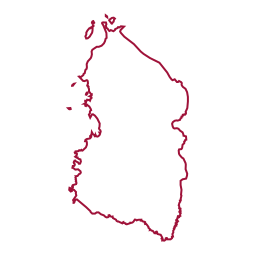 Sumbawa Barat, Nusa Tenggara Barat, Indonesia
{"feature_id": "22746128B87271379033569", "entity_name": "Sumbawa Barat", "entity_type": "district", "adm_level": 2, "iso_a3": "IDN", "parent_name": "Indonesia", "parent_adm1": "Nusa Tenggara Barat", "projection": "natural_earth1", "projection_center": [116.899, -8.8], "detail": "fine", "context": "isolated", "style": "outline", "palette": "rose", "viewbox_px": 256, "rotation_deg": 0, "n_neighbors": 0, "source": "geoboundaries", "source_scale": "gbopen_adm2", "svg_char_len": 5719}
<svg xmlns="http://www.w3.org/2000/svg" viewBox="0 0 256 256"><path d="M124.0,26.6L120.9,26.3L119.4,27.4L118.1,27.1L117.7,27.9L115.1,29.2L114.9,30.1L113.4,31.2L110.8,30.1L109.6,31.0L109.0,30.7L107.6,28.7L106.5,27.9L105.8,25.6L106.4,24.3L106.0,22.5L103.0,22.4L102.2,22.7L102.1,23.4L103.4,25.5L106.4,33.0L106.6,37.9L105.6,38.8L105.0,41.2L103.9,43.4L101.6,45.7L98.8,46.8L96.7,46.8L92.4,49.7L91.6,51.4L91.9,54.3L91.4,56.6L90.7,58.2L87.8,61.4L86.7,64.1L86.9,67.3L86.6,68.6L86.9,68.4L87.1,68.3L85.4,70.0L84.7,73.2L83.6,73.9L83.3,75.1L81.2,76.8L80.0,77.0L79.5,76.5L79.0,76.6L83.1,80.9L84.6,81.1L86.7,80.2L87.3,80.4L87.7,81.0L88.0,83.2L87.2,85.7L87.5,86.0L88.0,85.8L88.6,86.8L88.3,87.4L89.0,89.0L89.0,91.4L91.3,94.5L91.7,94.1L91.5,93.6L91.7,93.8L91.7,95.2L89.8,96.2L90.6,96.4L90.6,96.9L91.5,97.4L91.6,97.9L90.7,98.8L90.0,100.7L89.1,99.8L87.8,100.2L87.1,99.7L86.2,100.9L85.2,100.8L85.2,101.3L86.1,101.8L85.9,102.8L84.4,103.7L85.3,103.7L85.4,104.4L86.0,104.5L85.2,105.1L85.3,105.8L86.0,106.1L86.8,105.0L87.3,105.1L89.3,106.5L90.8,109.1L91.1,110.2L90.5,110.5L89.9,111.6L89.9,113.3L88.9,114.6L90.2,117.7L92.0,114.4L93.0,114.3L94.9,115.6L97.3,118.6L99.7,123.5L99.5,126.9L99.0,128.2L99.4,129.4L100.4,130.4L100.7,131.7L100.2,132.8L99.5,132.7L100.1,133.8L99.5,135.1L98.2,136.3L97.2,136.6L96.1,136.1L95.7,135.2L95.6,136.2L94.8,136.3L94.2,134.9L93.0,134.3L91.8,132.1L91.6,133.8L90.9,135.4L91.3,135.7L91.2,136.9L90.8,137.4L90.2,137.0L90.3,138.1L89.8,138.5L86.9,139.0L85.5,139.8L85.1,141.2L86.6,141.3L86.9,142.8L86.9,144.8L85.9,147.4L82.5,150.6L81.7,150.5L81.3,149.9L80.2,150.6L79.2,150.2L78.5,151.1L75.5,151.4L75.3,152.3L74.8,152.5L75.1,153.3L76.7,153.4L77.0,153.9L76.6,155.5L75.2,156.7L76.7,157.7L77.6,157.5L77.8,158.2L78.7,158.9L80.4,159.4L80.9,161.5L80.1,163.6L79.0,163.8L77.9,162.3L76.0,161.5L75.2,160.5L74.5,160.7L74.5,161.5L73.9,161.8L73.7,162.4L74.0,163.3L74.8,164.2L74.7,165.1L74.2,165.9L72.8,166.0L72.4,167.8L73.4,168.1L75.3,169.6L78.1,169.3L80.5,171.3L80.8,172.6L80.2,173.6L79.0,174.1L77.5,176.0L75.8,176.2L76.1,176.6L75.4,177.7L76.0,179.0L75.6,179.5L76.2,181.0L75.8,181.4L76.5,183.0L76.1,184.1L72.9,185.1L72.8,186.1L72.4,185.8L72.1,186.4L72.4,186.9L72.9,186.9L72.9,187.7L70.5,188.8L70.1,188.0L69.5,187.8L69.2,189.9L70.7,191.5L71.8,191.1L71.7,190.0L72.2,189.6L74.0,189.9L76.0,192.0L75.8,193.3L76.3,195.5L73.1,200.1L73.3,200.8L74.0,201.3L73.5,202.8L73.8,202.9L74.4,202.2L74.7,201.0L75.8,199.6L76.9,199.4L86.2,207.2L90.3,211.1L90.7,212.1L92.3,213.6L95.0,213.6L96.7,212.4L98.6,212.4L101.0,214.3L103.8,215.3L105.5,216.9L106.7,217.4L108.0,217.2L108.6,216.7L108.6,215.3L109.4,215.1L109.9,215.5L110.0,216.2L112.1,216.9L112.6,216.6L113.0,218.1L116.0,219.7L116.6,220.9L117.6,221.5L118.2,221.4L122.2,223.3L122.6,222.5L123.4,222.1L123.5,222.9L125.5,223.3L125.7,224.0L126.8,224.3L129.8,223.3L130.2,222.7L130.7,223.0L132.5,222.5L133.5,221.6L134.8,219.6L135.8,219.7L136.6,220.4L138.1,219.8L141.1,219.7L140.9,220.6L142.0,220.6L142.5,221.3L144.8,221.9L144.8,222.7L145.2,222.7L145.2,224.0L146.1,223.9L147.3,225.3L148.5,227.0L148.4,227.7L150.0,229.2L149.9,229.8L150.3,229.6L151.5,230.6L152.8,230.9L154.1,232.6L154.6,232.6L154.6,233.2L155.5,233.3L156.0,231.8L156.7,231.6L157.2,232.3L157.0,233.3L157.6,234.0L160.7,234.8L162.2,237.5L161.7,238.4L162.2,238.5L162.2,240.0L162.8,239.6L163.0,240.5L164.4,240.6L165.1,240.1L165.7,239.0L165.7,238.4L166.2,238.0L167.0,238.2L167.1,239.3L170.6,239.3L172.0,238.2L171.9,236.8L173.0,236.6L172.4,234.1L173.3,232.5L173.2,230.7L174.3,229.0L173.9,228.5L174.8,227.7L174.3,227.2L174.5,226.5L175.2,225.5L175.4,226.0L176.1,225.8L175.9,225.3L176.8,224.5L176.7,223.7L175.7,223.9L175.6,223.1L177.2,222.2L177.2,221.1L177.8,221.4L178.0,221.2L177.2,220.3L176.2,220.5L176.2,220.0L176.7,219.5L177.1,219.9L177.3,218.2L178.1,217.7L177.7,217.0L177.9,216.3L179.2,216.8L179.3,215.9L180.3,215.9L180.1,213.9L180.6,213.3L179.6,212.2L180.6,211.8L180.6,211.0L179.8,210.8L180.5,209.1L179.5,208.6L179.9,208.2L179.2,207.8L179.2,206.0L178.7,205.3L179.5,202.6L180.3,201.6L179.9,200.5L180.8,200.1L180.7,198.8L181.3,196.2L181.4,195.4L181.0,194.9L181.5,189.9L180.6,185.0L180.6,180.8L182.6,179.3L186.1,178.6L187.0,175.7L187.2,173.6L185.6,169.2L185.8,164.6L185.5,163.0L183.4,158.5L181.8,157.5L179.6,154.9L179.0,153.7L178.7,150.5L179.1,149.4L181.4,149.1L182.1,148.0L182.6,144.7L184.2,143.3L184.2,141.6L184.8,141.4L185.1,140.1L186.3,139.7L186.0,136.4L183.5,135.7L183.5,134.9L182.6,132.4L180.0,130.6L178.5,128.8L176.9,128.2L174.4,128.5L173.5,128.0L172.7,126.5L172.1,123.8L172.8,122.2L174.6,120.8L176.4,120.4L177.7,120.6L180.1,119.8L180.5,118.4L181.5,117.8L181.5,116.6L182.5,116.4L182.7,114.9L183.1,114.6L183.8,114.9L184.4,114.3L185.1,114.6L185.9,113.7L186.0,112.9L185.6,111.9L187.3,108.1L187.9,101.5L187.9,96.9L187.1,92.2L185.5,88.8L182.9,86.9L181.9,85.5L181.6,84.7L181.8,83.1L181.2,82.2L179.0,81.0L178.0,82.0L176.9,82.0L174.7,79.3L172.6,80.2L171.6,79.5L169.7,77.0L167.2,72.5L159.4,62.7L150.1,58.1L143.7,54.0L140.8,51.6L133.9,44.1L124.3,36.7L120.9,32.9L120.1,31.5L120.7,29.9L124.0,26.6ZM92.6,27.5L92.0,26.9L90.6,27.6L90.8,28.0L90.2,28.4L89.2,28.4L87.4,30.6L86.3,32.6L86.3,34.6L85.4,36.3L86.2,38.5L87.7,38.3L89.7,36.6L92.1,32.7L92.5,30.7L92.6,27.5ZM113.7,17.7L112.0,17.9L109.6,19.6L109.2,20.4L111.6,23.6L112.2,23.5L112.5,22.6L113.6,21.6L114.0,19.7L114.9,18.6L113.7,17.7ZM93.3,21.1L92.6,21.3L92.0,22.2L91.9,22.8L92.5,23.6L93.4,23.5L94.2,22.8L93.3,21.1ZM86.5,94.8L87.6,93.2L87.3,92.5L86.8,92.6L86.1,93.7L85.9,94.6L86.5,94.8ZM70.7,109.0L70.4,108.0L68.1,108.2L69.0,109.1L69.9,109.3L70.7,109.0ZM72.9,85.7L73.8,84.3L73.3,84.3L72.1,85.3L72.1,85.8L72.9,85.7ZM107.2,17.3L107.1,16.4L105.8,15.4L105.8,16.3L107.2,17.3ZM93.0,26.4L93.5,26.1L93.5,25.7L92.9,25.7L93.0,26.4ZM74.4,83.7L73.9,83.8L74.0,84.2L74.4,83.7Z" fill="none" stroke="#9f1239" stroke-width="2"/></svg>